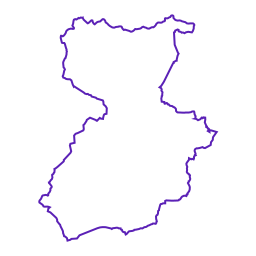 the district of Ahuacatlán, Puebla, Mexico
{"feature_id": "50627088B38644247455726", "entity_name": "Ahuacatlán", "entity_type": "district", "adm_level": 2, "iso_a3": "MEX", "parent_name": "Mexico", "parent_adm1": "Puebla", "projection": "albers", "projection_center": [-97.866, 20.028], "detail": "fine", "context": "isolated", "style": "outline", "palette": "violet", "viewbox_px": 256, "rotation_deg": 0, "n_neighbors": 0, "source": "geoboundaries", "source_scale": "gbopen_adm2", "svg_char_len": 5745}
<svg xmlns="http://www.w3.org/2000/svg" viewBox="0 0 256 256"><path d="M194.3,24.8L194.0,24.2L193.0,23.4L189.8,23.4L189.0,23.6L187.0,23.4L185.4,22.2L181.7,21.2L180.9,20.7L179.4,20.4L177.7,20.6L176.0,20.2L175.2,19.8L173.5,18.0L173.4,16.1L173.1,15.7L172.5,15.4L171.9,15.4L171.1,15.7L170.3,17.0L169.0,17.5L167.9,18.2L167.1,18.4L165.3,18.2L165.0,18.5L164.9,18.9L165.0,20.5L164.6,21.2L163.3,21.5L161.9,22.5L160.9,22.7L158.7,22.5L158.1,22.5L157.5,22.9L156.4,23.8L155.7,25.2L154.4,26.6L153.4,27.3L152.4,27.2L151.5,27.4L149.2,28.6L148.2,28.6L147.2,28.4L146.3,27.8L144.5,27.3L143.3,26.7L142.2,27.1L141.0,28.2L139.8,28.7L136.6,29.2L135.2,29.0L134.1,30.2L132.9,31.1L131.8,31.6L130.9,31.7L129.2,30.9L124.9,29.6L123.9,30.0L123.6,29.8L122.4,28.5L121.8,27.0L121.4,26.6L120.8,26.4L119.0,26.4L118.4,26.7L115.8,27.0L114.5,27.6L113.3,27.6L112.3,27.4L110.0,26.1L108.6,25.0L107.3,23.5L105.9,22.6L105.6,22.3L105.5,21.6L104.8,20.2L103.7,19.2L102.6,19.2L102.2,19.5L100.2,21.4L98.0,21.8L96.9,22.3L94.7,24.3L93.9,23.8L92.9,22.4L92.4,20.5L91.8,20.3L91.2,20.5L89.2,22.4L88.1,23.2L87.6,23.3L83.6,19.6L83.0,18.5L82.8,17.8L82.6,18.0L80.9,17.5L79.2,18.3L78.9,18.3L78.5,18.0L76.6,19.4L76.2,19.5L75.2,19.1L73.9,19.7L73.5,21.0L73.1,23.8L72.4,25.6L74.0,28.0L73.8,28.7L73.3,28.9L72.4,28.9L71.6,28.7L70.5,28.7L68.4,29.3L66.7,30.6L66.2,31.4L65.6,33.2L64.6,34.7L63.7,35.7L62.8,36.3L62.1,36.1L61.8,35.8L61.0,35.8L60.8,36.6L60.7,37.9L61.9,42.7L62.9,43.0L64.3,43.0L64.9,44.0L66.0,48.0L66.4,49.0L66.6,49.8L66.5,50.6L66.9,51.5L66.6,52.3L66.5,54.5L65.5,58.1L64.9,58.4L63.6,61.2L63.2,62.3L63.2,63.7L63.6,67.4L64.4,68.3L64.9,69.5L64.2,70.8L63.4,74.7L62.7,76.2L63.3,77.6L64.8,78.0L65.6,78.7L67.2,79.2L70.0,79.3L71.4,80.4L72.8,84.7L73.7,86.5L73.9,86.2L83.9,92.6L84.8,93.5L86.5,94.1L87.8,93.9L88.9,94.8L90.9,95.2L91.1,95.5L91.6,96.5L95.9,97.7L96.8,98.6L102.8,100.4L103.3,101.4L103.6,104.4L105.7,106.3L106.8,108.2L106.5,113.8L104.5,114.2L103.8,115.1L103.1,118.0L103.0,118.9L100.8,118.6L99.8,117.9L97.0,120.8L96.5,120.7L96.0,120.1L90.0,117.7L86.8,119.9L86.4,121.1L84.4,124.2L83.4,125.1L83.8,129.1L83.3,130.4L77.4,133.2L76.2,133.5L75.2,134.2L74.1,135.6L74.6,142.8L70.4,143.8L69.9,145.5L71.2,151.3L70.5,152.8L63.8,160.0L63.9,160.5L63.7,161.4L57.5,166.9L55.7,168.3L54.4,169.0L54.6,170.0L54.4,172.2L53.8,172.8L53.6,173.6L53.1,174.1L52.2,174.7L52.1,175.0L52.4,177.6L51.9,179.1L50.6,180.4L49.6,182.1L48.9,182.4L49.0,183.0L49.8,183.8L51.4,185.9L51.7,186.5L51.7,187.0L51.4,187.6L50.4,188.6L50.4,190.4L49.6,192.1L48.3,193.6L48.2,195.3L47.8,195.6L46.8,195.1L45.6,194.9L42.7,195.5L42.2,196.0L41.1,198.7L39.6,200.5L39.3,201.3L39.4,202.5L42.2,204.5L42.9,205.2L43.5,206.4L44.5,206.7L47.2,206.6L48.6,206.8L49.8,207.3L48.4,208.5L47.8,211.3L50.4,212.4L56.3,217.9L57.1,219.5L57.2,221.3L59.5,224.2L60.1,224.7L60.5,226.2L62.3,229.8L62.9,231.2L63.2,233.6L63.6,234.2L64.1,236.2L64.9,236.4L66.2,237.4L67.0,238.2L67.5,240.6L70.3,239.8L71.4,238.9L77.0,238.5L79.5,235.3L97.4,228.2L100.1,227.4L102.7,227.1L105.7,227.2L111.2,228.5L111.8,229.0L112.9,228.2L114.9,228.0L116.3,227.7L117.8,227.8L118.6,228.3L120.6,228.4L120.7,229.1L121.0,229.5L121.5,229.8L121.9,229.8L122.5,231.4L122.8,231.7L123.6,232.1L124.8,232.1L125.7,234.5L126.5,234.1L128.8,231.5L129.2,231.3L132.4,230.9L133.9,230.4L134.3,229.8L135.7,229.7L139.1,229.0L140.6,228.3L142.5,228.4L144.3,227.2L145.9,227.0L146.7,226.6L147.7,225.8L149.4,225.2L151.2,224.3L152.2,224.1L152.7,223.6L154.0,223.5L155.7,223.8L156.3,222.9L156.5,221.6L156.8,221.4L156.5,220.0L156.2,219.3L156.0,216.5L156.6,215.3L157.5,214.8L158.0,213.4L158.1,211.0L159.0,210.2L159.1,209.0L160.2,204.9L160.7,204.1L161.9,203.9L163.1,203.3L165.2,203.3L165.2,200.9L166.3,200.4L172.1,200.7L177.7,200.5L178.7,200.3L179.0,199.7L180.2,199.3L181.6,197.1L182.3,196.5L183.7,195.8L185.3,195.7L186.3,196.1L186.7,195.6L186.7,194.5L187.1,194.1L187.5,194.1L187.5,193.3L188.2,192.6L188.7,191.6L189.1,191.3L189.7,189.5L189.8,187.1L189.4,185.8L187.9,183.0L188.1,182.6L188.7,182.0L188.7,181.3L189.1,181.2L190.1,179.6L190.2,178.5L189.7,176.9L190.0,175.4L189.3,174.4L188.7,174.4L188.3,173.6L187.3,172.9L186.8,171.9L187.1,169.9L186.9,168.2L187.3,166.9L186.5,164.9L186.4,163.5L187.3,162.0L188.9,159.9L189.0,158.2L191.2,159.3L192.1,158.8L193.6,159.4L194.0,158.4L194.0,157.0L194.1,156.4L194.8,155.6L195.6,155.3L195.1,154.7L195.5,154.4L195.6,153.9L194.6,150.9L194.8,149.8L195.3,149.0L196.6,148.3L197.2,148.4L199.6,148.0L202.6,147.1L203.5,147.8L205.0,148.1L210.7,145.0L211.0,142.2L212.8,139.8L212.9,137.9L213.2,136.9L216.7,132.0L211.2,130.4L209.2,130.7L209.4,131.9L207.9,131.0L209.2,129.7L208.2,129.1L207.9,128.5L207.4,127.8L207.5,127.8L206.9,127.3L207.0,126.7L206.5,126.0L206.2,126.2L206.2,125.6L204.8,122.4L205.3,119.5L205.2,117.6L204.4,117.5L203.8,117.8L203.2,117.4L202.4,118.2L201.6,117.7L200.4,119.2L198.0,120.2L196.4,119.0L195.0,118.7L195.6,118.5L195.3,118.0L195.5,117.6L195.6,116.3L195.3,116.1L195.2,115.5L194.6,114.3L194.3,112.0L193.9,111.4L192.1,111.5L190.9,112.2L188.9,112.5L185.6,112.5L184.7,112.7L183.7,112.7L177.5,112.4L177.0,112.1L176.1,111.1L175.9,109.0L175.7,108.6L174.4,107.3L173.4,107.1L172.5,106.2L169.8,105.7L168.7,104.4L167.9,104.4L167.6,103.7L167.0,103.1L166.6,103.0L165.9,103.5L165.4,103.4L165.1,103.6L164.9,103.5L164.6,103.6L164.3,102.9L164.6,102.6L164.4,102.0L161.7,101.7L161.3,98.6L161.7,96.9L161.7,96.2L162.0,96.1L162.3,95.1L162.2,94.2L162.5,92.2L161.4,90.6L161.7,89.3L161.1,88.1L159.6,87.3L161.3,85.8L163.9,81.7L173.1,63.2L173.8,62.9L173.7,62.0L176.0,60.8L176.7,60.7L176.7,59.5L177.6,55.6L178.6,53.6L178.0,52.9L174.7,44.8L174.0,32.4L174.9,32.0L175.2,30.6L177.6,29.5L178.6,29.9L178.6,31.1L178.8,31.4L179.3,31.6L180.7,31.8L181.7,32.7L182.6,32.5L183.1,32.5L184.5,33.2L186.0,32.3L188.2,31.8L191.9,32.4L192.9,30.9L193.7,28.6L193.8,26.0L194.2,25.6L194.3,24.8Z" fill="none" stroke="#5b21b6" stroke-width="2"/></svg>